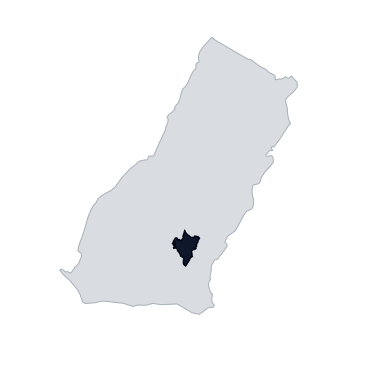 Kwahu Afram Plains South, Eastern, Ghana (highlighted), rotated 31°
{"feature_id": "2480657B87039075961323", "entity_name": "Kwahu Afram Plains South", "entity_type": "district", "adm_level": 2, "iso_a3": "GHA", "parent_name": "Ghana", "parent_adm1": "Eastern", "projection": "equal_earth", "projection_center": [-0.455, 6.878], "detail": "fine", "context": "in_parent", "style": "filled", "palette": "ink", "viewbox_px": 384, "rotation_deg": 31, "n_neighbors": 0, "source": "geoboundaries", "source_scale": "gbopen_adm2", "svg_char_len": 6859}
<svg xmlns="http://www.w3.org/2000/svg" viewBox="0 0 384 384"><g transform="rotate(31 192 192)"><path d="M225.5,43.8L227.7,46.7L228.2,48.3L227.4,54.3L225.8,58.6L224.7,62.6L224.9,64.6L225.9,66.6L229.2,69.7L231.0,71.7L233.0,74.8L235.4,77.8L239.4,81.7L241.1,82.4L241.1,83.5L240.5,85.0L240.1,99.6L239.8,103.4L239.5,105.3L239.2,110.8L238.8,111.5L238.0,111.5L237.3,111.7L237.1,112.8L237.4,113.9L239.8,114.7L239.3,115.5L237.5,116.3L236.7,117.9L237.0,119.8L236.0,121.3L236.3,122.3L237.0,123.0L238.0,122.8L240.8,120.2L242.0,120.0L243.5,120.5L246.2,124.3L246.3,126.2L245.2,132.6L244.2,137.6L244.0,144.2L245.1,148.0L245.0,150.0L243.7,151.8L240.9,154.3L241.1,156.1L242.4,159.3L244.8,163.0L249.4,167.5L251.9,173.3L251.9,175.7L250.5,178.1L248.8,180.2L248.3,183.2L249.1,202.8L245.4,211.3L245.4,213.8L245.7,216.6L246.7,218.3L248.6,218.8L250.1,220.4L249.6,226.4L248.8,232.5L248.7,235.5L248.2,236.9L246.8,238.0L246.2,240.0L246.6,242.3L246.3,244.1L247.1,246.4L248.8,249.2L251.5,256.3L252.5,256.8L253.0,258.3L252.7,259.7L253.7,262.9L256.7,266.0L259.9,268.7L262.4,269.1L263.0,271.5L264.7,274.6L265.9,276.0L267.8,276.9L269.4,277.4L269.5,280.0L266.6,281.8L264.7,284.5L263.2,288.6L261.2,293.1L254.2,295.5L251.5,295.5L237.0,295.6L223.5,304.5L215.8,307.7L211.0,312.7L204.5,316.3L200.0,320.7L190.7,322.7L175.4,329.6L170.6,332.2L165.7,337.0L157.9,342.6L154.8,342.5L148.6,337.3L144.0,334.7L132.6,330.7L124.1,329.2L120.0,327.5L118.9,327.2L119.9,325.3L122.2,325.2L124.7,325.7L126.6,324.3L129.4,324.1L130.1,322.6L130.3,318.9L130.3,315.9L131.3,314.5L131.5,310.9L130.2,303.0L129.2,302.1L124.3,301.0L123.9,299.5L123.0,297.8L122.1,293.7L121.0,287.7L119.3,280.2L116.0,267.8L115.2,263.4L114.6,259.0L114.5,253.6L115.2,251.6L115.1,248.9L114.8,246.2L117.2,239.9L121.8,232.2L122.7,229.4L123.6,227.4L123.7,224.7L124.5,215.7L126.8,204.8L128.1,200.8L129.1,198.5L130.2,194.9L130.5,193.2L134.7,189.0L136.7,187.8L137.1,186.2L136.4,184.3L136.7,183.1L137.7,182.5L139.3,182.0L140.4,180.2L138.7,166.9L137.3,153.5L137.2,152.4L136.3,150.6L135.5,145.1L134.1,141.9L132.1,140.9L132.1,137.9L134.1,132.8L134.7,129.8L133.7,128.9L133.6,126.5L134.3,122.8L133.9,120.4L133.6,118.0L131.5,112.1L131.0,108.0L132.1,105.6L132.1,100.3L131.0,92.2L130.8,87.1L131.6,84.9L131.2,82.9L129.7,81.0L129.6,79.1L130.9,77.3L130.7,75.8L129.1,74.8L127.7,72.3L126.4,68.4L126.7,62.0L129.1,50.3L129.4,49.3L132.2,49.4L132.2,49.9L140.6,49.8L150.2,49.7L161.8,49.5L172.2,49.4L172.7,48.8L174.4,48.2L185.0,49.4L191.6,48.8L194.4,49.2L196.5,50.0L201.0,49.5L203.5,49.8L205.3,52.7L206.0,52.7L207.1,51.4L208.9,50.0L210.8,48.9L212.1,46.6L212.9,44.9L214.1,45.2L215.8,45.1L217.0,43.7L217.4,41.4L225.5,43.8Z" fill="#d9dde1" stroke="#a8b0b8" stroke-width="1"/><path d="M219.6,227.6L219.4,227.6L219.3,227.8L219.2,228.0L219.0,227.9L218.9,227.9L218.8,228.2L218.6,228.0L218.4,228.0L218.2,228.1L217.9,227.9L217.8,228.0L218.0,228.2L217.9,228.4L217.6,228.6L217.4,228.7L217.2,228.7L217.3,228.9L217.4,229.0L217.3,229.3L217.1,229.4L217.1,229.5L217.0,229.9L216.9,230.1L216.7,230.3L216.4,230.4L216.2,230.6L215.9,230.6L215.8,230.8L215.6,230.8L215.2,231.1L215.0,231.3L214.7,231.4L214.4,231.5L214.1,231.5L214.0,231.4L213.7,231.4L213.6,231.5L213.2,231.5L213.2,231.3L213.0,231.2L212.9,231.2L212.9,231.3L212.7,231.3L212.3,231.3L212.2,231.2L211.8,231.0L211.7,231.2L211.4,231.1L211.2,231.2L210.9,231.1L210.7,231.2L210.4,231.1L210.2,231.1L210.1,230.9L209.9,230.9L209.6,230.7L209.2,230.7L208.7,230.6L208.3,230.6L208.2,230.6L207.6,230.0L207.4,230.0L207.2,230.0L206.8,229.9L206.6,229.9L206.4,229.5L206.3,229.2L206.2,229.2L205.7,228.9L205.7,229.0L205.8,229.2L205.8,229.6L206.0,229.9L206.0,230.3L206.3,230.8L206.3,231.2L206.4,231.4L206.4,231.6L206.6,232.4L206.6,232.6L206.6,232.8L206.9,233.6L207.0,233.9L207.0,234.2L207.1,234.3L207.3,235.0L207.5,235.2L207.7,235.3L207.8,235.6L208.1,236.0L208.2,236.4L208.2,236.5L208.2,236.9L208.1,237.1L207.9,237.6L207.9,238.1L207.9,238.8L207.7,239.0L207.6,239.3L206.9,239.5L206.4,239.4L205.7,239.3L205.0,239.6L204.9,239.8L205.0,240.0L205.1,240.3L203.7,239.9L203.3,239.6L203.2,239.6L202.7,239.3L202.3,239.5L202.0,239.5L201.9,239.7L201.6,240.0L201.5,240.6L201.5,241.3L201.5,243.3L201.8,243.2L201.9,243.3L201.9,243.5L201.8,243.8L201.8,244.3L201.9,244.5L202.0,244.5L202.2,244.4L202.3,244.4L202.4,244.5L202.1,244.6L201.9,244.7L201.8,244.9L201.8,245.1L201.9,245.3L201.9,245.5L202.0,245.4L202.3,245.2L202.4,245.3L202.5,245.5L202.7,245.3L202.8,245.5L203.1,245.5L203.4,245.5L203.2,246.0L203.0,246.3L202.9,246.4L202.8,246.5L203.0,246.4L203.0,246.5L203.4,246.2L203.6,246.0L203.8,245.7L204.0,245.6L204.4,245.4L204.5,245.4L204.6,245.5L204.6,245.4L204.7,245.5L204.5,245.8L204.2,246.3L204.0,246.5L203.9,246.6L203.8,246.8L204.0,246.8L203.7,247.0L203.6,247.3L203.5,247.5L203.7,247.3L203.8,247.3L204.0,247.2L204.2,246.9L204.5,246.7L204.5,246.8L204.4,246.8L204.5,247.1L204.9,246.7L205.0,246.8L205.2,246.7L205.3,246.8L205.4,246.6L205.5,246.7L205.5,246.9L205.4,247.0L205.5,247.1L205.4,247.1L205.2,247.1L205.0,247.4L204.9,247.6L205.0,247.8L205.0,248.1L205.2,248.3L205.1,248.6L205.4,248.5L205.4,248.8L205.1,249.2L205.2,249.3L205.2,249.5L205.3,249.6L205.5,249.4L205.8,249.3L205.9,249.0L206.5,248.4L206.8,248.5L208.4,248.2L209.9,249.7L211.7,250.3L213.6,251.2L215.2,252.7L219.0,252.8L220.3,255.9L221.7,257.9L222.0,258.1L222.5,258.3L223.7,258.6L224.4,258.6L224.6,258.6L224.6,257.5L224.7,255.1L224.6,254.8L224.6,254.5L224.8,254.1L224.8,253.9L224.7,253.8L224.7,253.7L224.7,253.4L224.8,253.2L224.7,253.0L224.6,252.9L224.6,252.3L224.7,252.1L224.8,252.2L224.9,251.7L224.9,251.4L224.7,251.2L224.4,251.2L224.0,251.3L224.1,250.9L224.2,250.6L224.3,250.1L224.6,249.7L224.7,249.1L224.8,248.8L224.8,248.7L224.9,248.2L224.9,247.8L225.2,247.3L225.5,247.1L225.0,246.7L224.7,246.5L224.3,246.3L224.3,246.2L224.4,245.8L224.0,245.3L223.8,245.1L223.7,244.9L223.4,244.8L223.3,244.6L223.2,244.3L222.8,244.1L222.6,243.9L222.4,243.7L222.2,243.6L222.2,243.4L222.1,243.2L222.2,242.7L222.2,242.3L222.2,242.2L222.3,241.9L222.3,241.7L222.2,241.6L222.3,241.5L222.4,241.4L222.6,241.2L222.7,240.9L222.7,240.7L222.8,240.6L222.9,240.4L222.9,240.2L222.9,239.8L223.1,239.6L223.2,239.3L223.4,239.1L223.5,238.9L223.8,239.3L224.0,239.5L224.2,239.0L224.2,238.7L224.3,238.3L224.2,238.3L224.1,238.1L223.8,237.9L223.7,237.9L223.5,237.2L223.6,236.7L223.8,236.5L223.9,236.4L223.8,236.2L223.6,236.1L223.5,235.9L223.2,235.8L223.0,235.4L223.3,235.2L223.3,234.9L223.2,234.8L223.1,234.7L222.8,234.7L222.7,234.6L222.6,234.3L222.6,234.1L222.6,233.9L222.7,233.6L222.5,233.1L222.5,232.8L222.5,232.7L222.4,232.6L222.6,232.5L222.6,232.3L222.8,232.2L222.7,232.0L222.7,231.7L222.6,231.4L222.3,231.1L222.1,230.7L222.0,230.3L222.1,230.1L222.0,229.8L222.0,229.6L222.2,229.4L222.2,229.2L222.2,228.9L222.2,228.7L222.2,228.4L222.3,227.9L222.2,227.7L221.9,227.6L221.7,227.8L221.6,227.7L220.9,227.5L220.6,227.6L220.4,227.7L220.4,227.3L220.3,227.2L220.2,227.1L219.7,227.6L219.6,227.6Z" fill="#0f172a" stroke="#020617" stroke-width="1.5"/></g></svg>